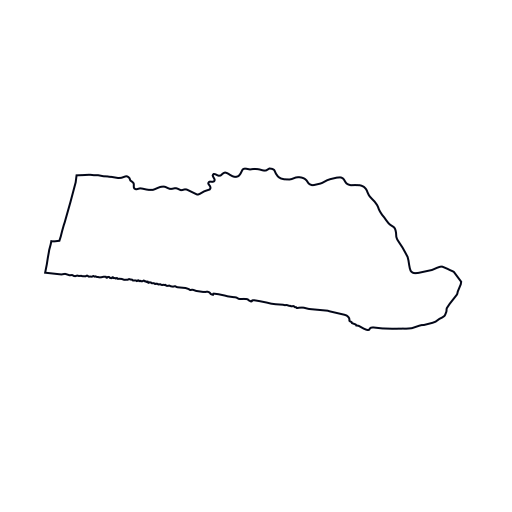 outline of Vinh Chau, Sóc Trăng, Vietnam, rotated 27°
{"feature_id": "81297802B36990393529741", "entity_name": "Vinh Chau", "entity_type": "district", "adm_level": 2, "iso_a3": "VNM", "parent_name": "Vietnam", "parent_adm1": "Sóc Trăng", "projection": "orthographic", "projection_center": [105.972, 9.348], "detail": "fine", "context": "isolated", "style": "outline", "palette": "ink", "viewbox_px": 512, "rotation_deg": 27, "n_neighbors": 0, "source": "geoboundaries", "source_scale": "gbopen_adm2", "svg_char_len": 6133}
<svg xmlns="http://www.w3.org/2000/svg" viewBox="0 0 512 512"><g transform="rotate(27 256 256)"><path d="M75.7,366.6L91.0,360.8L93.5,358.9L94.3,358.5L98.7,357.8L100.7,356.5L101.5,356.4L102.6,356.5L104.0,356.1L105.6,354.6L107.3,354.2L109.3,353.0L109.7,353.0L110.5,352.8L113.3,351.5L114.3,350.2L114.8,350.1L116.3,350.3L117.1,349.9L117.7,349.5L118.7,349.2L119.4,348.7L120.1,347.7L120.7,347.6L121.4,347.7L122.0,347.4L122.3,347.0L123.9,346.9L124.9,346.4L125.9,346.2L127.4,345.5L129.6,343.7L130.9,343.0L131.7,342.7L132.6,343.2L133.0,343.1L133.5,342.0L134.1,341.6L135.0,341.4L135.6,341.8L137.1,341.5L137.6,341.1L137.6,340.4L137.8,340.1L138.1,339.9L139.1,340.3L139.7,340.1L140.2,339.7L140.7,339.6L141.3,339.7L142.0,338.8L142.4,338.8L142.8,339.1L143.3,339.1L144.6,338.3L146.8,337.4L149.2,337.1L152.5,335.4L152.9,334.7L153.3,334.3L153.7,334.1L155.0,333.9L156.1,333.4L156.5,333.4L157.2,333.7L157.7,333.6L158.5,333.1L159.9,332.4L160.4,332.3L161.1,332.5L161.4,332.3L161.7,331.5L162.1,331.2L162.4,331.0L162.8,331.1L163.0,331.2L163.3,331.4L164.1,331.0L164.2,330.7L164.5,330.5L165.3,330.6L166.2,330.1L167.2,328.8L168.7,329.0L169.1,328.6L169.6,328.6L169.8,328.8L170.1,328.8L170.6,328.7L170.9,328.1L171.1,328.0L171.4,328.2L171.7,328.6L172.0,328.7L172.4,328.7L172.6,328.5L172.5,328.1L173.5,327.6L174.4,327.3L175.2,327.6L175.7,327.5L177.1,326.7L177.6,326.6L178.5,326.8L178.8,326.7L178.9,326.4L179.1,326.3L179.6,326.3L180.1,325.7L180.5,325.6L181.8,325.7L182.1,325.4L182.5,325.4L183.3,324.7L183.8,324.6L184.4,324.7L185.1,324.6L185.7,324.4L186.3,323.8L187.7,323.4L188.2,322.9L188.7,322.9L189.6,323.2L190.2,323.0L191.1,322.6L191.9,321.9L192.3,321.7L193.6,321.7L195.4,321.2L196.2,320.8L197.4,319.8L197.9,319.6L199.2,319.7L200.2,319.5L207.8,316.5L211.2,316.0L212.0,316.2L212.7,316.2L213.2,316.0L214.3,315.1L215.1,314.8L216.1,314.6L218.5,314.3L225.0,312.1L227.1,311.1L228.6,310.0L229.2,309.8L230.6,309.6L231.7,309.8L232.4,310.2L232.9,310.4L234.5,310.3L235.3,310.1L235.3,309.8L235.1,309.4L235.1,309.0L235.4,308.7L239.9,307.1L246.2,305.4L249.1,304.8L254.6,302.9L256.0,302.3L257.5,301.9L259.1,302.0L260.1,302.0L261.3,301.6L264.8,299.7L266.4,299.0L267.2,298.6L268.5,298.4L269.2,298.7L270.0,298.8L272.0,298.8L272.5,298.6L272.8,298.2L272.6,297.7L273.2,296.9L274.6,296.2L280.0,294.5L286.8,292.6L291.1,291.6L295.3,290.1L302.1,287.2L304.1,286.7L305.1,286.0L305.8,285.7L308.3,285.3L309.4,284.8L309.7,284.9L310.3,284.8L312.2,283.6L312.7,283.6L313.2,283.8L313.8,283.9L314.2,283.9L314.7,283.5L315.3,283.5L316.0,283.8L316.6,283.5L318.0,282.4L320.2,281.2L321.9,280.4L326.7,279.3L328.4,278.7L344.7,272.2L346.6,271.9L361.5,268.2L363.7,267.9L364.8,268.1L366.1,268.5L367.3,269.2L368.0,270.1L368.5,271.1L368.8,271.4L369.3,271.5L370.5,271.5L371.3,271.6L371.6,271.9L372.0,272.2L375.8,271.8L376.3,271.9L376.9,272.4L378.4,271.8L379.5,271.6L384.9,271.8L387.7,271.6L388.9,271.3L389.7,270.9L390.3,270.3L390.4,268.8L391.0,267.7L392.7,266.5L401.4,263.2L411.0,258.7L419.5,254.2L423.1,252.4L426.5,250.3L427.7,249.5L433.2,243.9L434.9,242.4L437.0,241.2L443.6,235.4L445.8,233.0L448.0,228.7L449.8,226.3L451.0,224.1L451.2,223.4L451.2,222.3L450.9,219.2L450.4,217.8L449.9,216.8L449.7,215.7L450.3,210.6L452.5,199.4L452.5,198.3L451.9,196.0L451.3,188.3L450.5,185.8L439.6,180.4L438.3,180.3L435.2,180.5L432.6,180.5L428.1,180.8L426.5,181.0L425.2,181.8L424.2,182.7L422.5,184.5L420.8,186.6L419.1,188.6L408.4,197.3L405.9,198.9L404.4,199.5L403.1,199.7L401.4,199.4L400.4,198.9L398.6,197.1L396.5,194.4L393.9,190.8L391.5,188.0L387.5,185.2L382.6,181.9L378.0,179.3L374.9,177.5L373.8,176.7L372.3,175.2L370.2,171.7L368.7,169.8L367.2,168.4L365.6,167.7L361.8,167.3L360.7,167.1L359.1,166.6L355.7,165.0L352.7,163.4L349.7,162.1L347.1,160.6L345.3,159.4L343.8,158.2L342.8,157.2L341.8,156.4L340.7,155.6L338.6,154.5L337.0,153.7L333.2,152.4L330.3,151.3L328.7,150.4L326.4,148.6L325.2,147.5L323.9,146.6L323.1,146.2L321.1,145.5L320.0,145.4L317.9,145.5L316.2,145.9L312.1,147.8L308.7,149.7L307.9,150.0L306.4,150.3L304.9,150.4L303.5,150.2L301.9,149.4L299.7,148.0L298.5,147.5L297.8,147.4L296.6,147.4L296.0,147.5L295.0,147.9L292.4,149.5L287.3,153.8L285.0,156.2L281.8,160.8L280.4,162.3L275.5,166.4L274.4,167.1L273.5,167.5L271.4,167.7L270.2,167.5L269.6,167.3L266.7,165.7L264.9,165.2L263.2,165.1L261.1,165.4L258.9,166.1L257.7,166.7L255.8,168.0L252.8,171.3L251.0,172.7L246.4,174.8L245.3,175.1L243.1,175.6L240.8,175.5L239.2,175.1L236.4,173.6L233.6,171.4L233.0,171.1L231.7,171.0L230.7,171.1L228.6,171.8L228.3,171.9L228.0,172.3L226.3,175.0L226.0,175.3L224.5,176.2L222.8,176.7L219.8,177.3L217.9,177.9L215.4,179.0L213.5,180.1L211.4,181.6L207.3,182.8L206.0,183.5L205.3,184.2L205.0,184.7L204.8,185.4L204.8,189.7L204.4,191.9L204.0,192.8L203.8,193.1L202.6,194.3L202.0,194.7L200.6,195.3L198.7,195.6L195.7,195.5L194.2,195.3L192.5,195.3L190.7,195.6L190.3,195.9L189.5,196.8L188.8,198.1L188.2,199.8L187.9,200.3L187.4,200.8L186.3,201.4L185.9,201.5L184.8,201.6L182.9,201.6L181.3,202.0L181.0,202.2L180.8,203.1L180.9,204.0L181.8,204.8L184.3,206.5L184.7,207.2L184.8,207.9L184.7,208.5L184.3,209.0L183.5,209.7L181.3,210.6L180.9,210.9L180.5,211.5L180.4,212.5L180.6,213.1L181.1,213.5L183.4,214.7L184.2,215.5L184.6,216.2L184.6,217.2L184.5,217.8L184.2,218.1L182.2,220.1L180.5,221.9L177.6,226.3L176.5,227.5L176.0,227.8L175.3,228.0L164.8,228.2L163.8,228.3L162.6,228.8L162.0,229.2L160.5,230.6L159.8,231.1L158.9,231.5L155.9,231.6L154.3,231.8L153.7,232.1L153.1,232.3L150.5,234.4L149.1,235.1L148.7,235.3L146.8,235.5L143.9,235.6L142.4,236.0L140.8,236.9L139.3,238.0L137.5,240.0L135.6,242.3L134.2,243.8L132.0,245.0L130.3,245.8L128.2,246.5L124.4,247.5L122.3,248.2L121.7,248.6L119.2,250.8L118.4,251.1L117.1,251.1L116.7,250.9L116.2,250.5L115.8,250.0L114.5,247.5L114.1,247.0L113.6,246.6L112.0,246.1L109.9,245.8L109.2,245.3L108.1,244.2L107.4,243.9L106.3,243.6L104.9,243.6L104.3,243.8L103.4,244.5L100.8,247.2L100.0,247.8L97.8,249.1L91.4,251.1L89.6,251.9L87.4,252.6L83.9,254.2L78.6,255.7L74.9,257.6L71.4,258.9L69.0,260.2L65.6,262.2L59.5,265.6L61.9,272.3L66.2,292.3L70.3,313.0L70.7,315.7L71.9,321.7L73.2,327.4L73.9,331.7L69.7,334.5L67.7,335.5L66.9,335.7L67.8,338.9L69.0,344.5L69.8,347.0L71.3,352.0L73.4,358.4L75.7,366.6Z" fill="none" stroke="#020617" stroke-width="2"/></g></svg>